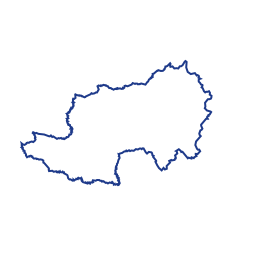 Watthana Nakhon, Sa Kaeo, Thailand (orthographic projection), rotated 41°
{"feature_id": "78962969B91417690270455", "entity_name": "Watthana Nakhon", "entity_type": "district", "adm_level": 2, "iso_a3": "THA", "parent_name": "Thailand", "parent_adm1": "Sa Kaeo", "projection": "orthographic", "projection_center": [102.317, 13.885], "detail": "fine", "context": "isolated", "style": "outline", "palette": "blue", "viewbox_px": 256, "rotation_deg": 41, "n_neighbors": 0, "source": "geoboundaries", "source_scale": "gbopen_adm2", "svg_char_len": 5848}
<svg xmlns="http://www.w3.org/2000/svg" viewBox="0 0 256 256"><g transform="rotate(41 128 128)"><path d="M181.2,137.9L181.0,134.8L183.0,135.1L184.0,133.3L182.1,131.3L182.4,126.5L180.7,125.8L181.6,123.8L182.2,123.9L184.1,121.5L183.6,120.2L184.0,119.9L183.8,119.2L181.5,117.8L181.9,114.9L180.0,113.6L179.4,113.8L180.3,110.7L182.9,110.7L184.0,111.2L184.7,110.2L193.0,111.6L193.1,110.7L195.9,109.4L195.3,108.4L197.4,107.6L197.2,106.6L198.1,104.2L196.6,103.7L196.1,103.1L197.6,102.0L197.7,98.2L195.9,97.6L195.0,98.5L193.7,98.4L190.0,96.7L188.2,93.5L188.2,86.4L186.5,86.2L185.4,85.4L184.2,82.4L184.7,81.0L184.6,79.7L181.7,78.3L181.0,77.5L180.9,69.8L182.1,68.7L180.8,68.2L180.4,67.6L180.4,66.7L180.9,66.0L180.2,65.4L180.8,64.2L180.3,61.4L179.5,61.4L176.1,63.0L173.0,62.7L172.4,61.1L169.6,58.4L169.4,53.9L170.6,52.8L171.3,51.4L170.9,50.3L169.9,48.9L167.8,49.2L166.8,47.7L165.0,47.1L164.3,48.5L163.3,49.3L162.9,50.5L161.2,50.4L158.2,48.9L156.9,49.1L156.5,47.2L155.9,46.7L154.5,47.3L152.9,46.7L151.0,46.6L149.8,45.4L149.8,44.2L150.3,43.3L148.2,43.8L147.6,42.4L147.0,42.2L145.7,42.5L145.4,43.3L142.5,42.7L140.0,46.1L136.3,46.5L132.2,44.1L128.9,39.7L127.4,39.8L127.3,40.8L128.0,44.8L127.6,46.5L126.6,47.5L126.9,50.1L125.4,51.0L123.9,52.7L121.2,52.3L119.9,54.0L118.8,53.3L118.0,51.7L117.3,51.5L117.0,55.5L115.9,57.1L116.5,57.7L116.7,59.6L117.1,59.8L116.8,62.0L115.4,63.4L112.9,64.5L112.9,65.4L112.4,65.8L111.8,70.0L111.1,71.0L112.1,71.9L112.1,72.7L112.9,73.1L112.5,73.5L112.9,73.9L112.2,75.0L112.8,75.3L112.0,77.6L112.7,79.8L112.4,80.6L112.7,83.8L108.7,85.8L108.2,87.2L107.7,87.3L106.9,88.5L105.8,88.5L104.5,89.6L104.4,90.1L102.1,91.0L102.2,92.9L100.3,96.8L98.3,97.7L97.8,98.6L98.8,100.0L98.6,101.1L97.9,101.2L98.3,101.8L97.4,102.8L96.0,103.3L94.8,104.8L93.9,104.7L93.5,105.4L94.1,105.6L94.1,105.9L92.5,107.1L91.9,108.6L90.4,108.8L90.0,109.2L88.8,109.1L87.6,110.2L85.4,109.7L85.1,110.1L83.8,110.1L83.6,110.6L82.4,110.7L82.0,111.3L81.1,111.6L80.6,113.2L79.7,113.5L79.9,114.3L77.9,115.2L77.6,116.5L80.6,118.1L81.3,121.5L80.4,122.3L80.0,123.8L78.8,125.4L77.6,125.7L77.6,127.1L75.4,132.0L75.5,132.6L75.0,133.4L73.1,133.9L72.7,134.3L72.2,134.4L72.1,134.1L71.1,134.4L70.1,135.6L69.6,135.4L68.9,136.2L67.2,136.9L67.1,137.4L66.3,137.1L66.2,137.3L68.6,139.7L68.3,141.5L67.4,141.8L67.5,142.3L69.3,144.3L70.0,144.2L69.5,145.0L70.3,145.0L70.2,145.4L71.0,145.6L71.2,146.3L71.9,147.0L72.2,146.8L72.6,147.5L72.4,148.3L72.8,148.8L72.4,149.1L73.0,150.2L72.6,151.1L72.3,151.0L72.5,151.4L72.2,151.7L72.5,152.5L72.9,152.5L73.4,154.2L72.9,154.2L72.7,154.8L73.1,155.5L72.7,155.7L72.9,156.5L72.5,157.2L73.1,157.2L73.4,158.0L75.0,158.1L75.0,159.2L76.3,159.7L76.0,160.0L76.4,160.7L76.0,161.1L76.5,161.2L76.8,162.2L77.2,162.2L77.5,162.8L78.1,162.6L77.9,163.1L78.9,163.9L80.1,163.8L80.6,164.8L81.1,164.8L82.3,163.9L82.8,164.5L84.5,164.7L84.7,165.3L84.8,165.0L85.1,165.2L84.9,164.7L85.2,164.5L86.7,165.1L87.0,165.8L86.4,166.4L86.7,166.1L87.2,166.7L86.7,167.1L87.4,167.8L88.2,167.8L87.9,168.6L88.6,168.7L89.1,169.8L89.0,170.7L88.0,171.3L88.8,173.5L88.6,174.4L87.6,175.1L87.9,175.8L87.3,177.9L86.8,177.8L86.6,178.4L86.1,178.3L85.8,179.0L85.1,179.1L84.9,179.5L84.0,179.4L83.1,180.8L82.2,181.2L81.5,182.8L77.1,183.4L76.7,184.5L74.7,184.2L74.5,185.6L73.7,186.1L69.0,187.9L64.2,191.2L62.1,191.8L61.7,192.7L59.2,193.4L59.4,194.3L61.6,194.3L61.8,194.8L63.5,195.2L64.1,196.3L64.5,196.2L64.6,196.9L65.8,197.4L66.0,198.9L65.7,200.8L64.3,201.3L63.2,203.0L62.9,204.2L61.9,204.8L61.3,205.8L61.6,206.5L61.0,208.6L59.6,209.3L57.9,209.4L59.1,210.2L59.0,210.7L60.1,211.2L60.2,211.9L60.5,211.6L61.1,212.3L61.6,212.1L61.8,212.8L62.2,212.6L63.3,213.3L64.5,213.2L64.5,213.5L65.0,213.2L66.2,214.2L66.2,214.6L67.2,214.4L68.4,214.9L69.0,215.7L71.0,216.3L71.5,214.8L72.4,214.2L72.1,213.8L72.7,212.8L73.5,212.4L74.3,212.8L74.7,212.4L75.1,212.8L76.9,212.9L78.6,211.3L79.4,211.4L80.0,210.6L81.6,210.2L82.4,209.2L84.0,208.3L85.4,208.1L86.8,209.6L87.8,209.4L94.4,210.3L95.3,210.8L95.5,211.5L96.7,212.3L99.0,209.9L100.6,209.8L102.2,207.8L103.0,208.0L103.1,207.5L104.1,207.5L104.3,206.4L105.2,206.6L105.1,205.3L106.0,205.6L107.4,204.7L107.4,203.8L109.0,204.1L109.1,203.7L109.6,204.1L112.7,203.4L113.5,203.5L115.7,205.1L117.0,205.3L117.7,205.2L118.2,204.5L120.1,204.2L120.5,203.5L120.9,203.9L121.6,203.2L121.0,202.7L121.6,202.7L122.7,200.6L122.4,200.3L123.5,199.6L123.0,199.1L123.1,198.2L124.3,198.1L124.6,197.4L125.4,196.8L125.9,197.1L125.8,196.7L126.2,196.9L126.3,196.6L127.8,197.4L127.5,197.9L127.9,198.3L129.5,198.4L133.1,196.8L132.8,196.6L133.3,196.5L133.4,195.6L133.8,195.8L134.2,195.4L135.0,195.3L135.0,194.8L135.5,194.7L134.9,194.1L137.0,192.5L137.2,191.9L136.3,191.8L135.8,190.5L138.2,189.0L138.7,187.6L140.5,186.1L141.6,186.1L142.7,185.2L143.4,185.5L143.7,184.9L144.3,184.8L144.5,184.2L147.1,184.1L147.8,183.2L149.2,183.0L149.9,181.1L151.4,180.5L151.4,179.1L152.1,179.1L152.7,179.7L154.1,179.3L154.4,179.7L154.6,179.1L154.9,179.4L155.7,179.1L156.4,177.6L157.9,177.7L158.3,177.1L158.2,176.5L157.4,176.5L157.6,176.0L158.1,176.1L157.9,175.0L156.9,174.9L156.4,174.1L155.5,174.2L155.4,173.6L154.9,173.9L154.4,172.4L153.8,172.4L153.9,172.8L153.1,172.7L153.2,171.7L152.1,172.0L151.7,171.2L151.2,171.7L150.2,170.3L149.3,170.9L148.7,170.3L148.2,170.8L147.5,169.1L146.9,169.0L146.2,168.3L146.2,167.1L145.8,167.0L146.1,166.3L144.8,165.8L144.9,165.1L144.1,164.8L144.0,163.2L143.2,162.3L143.2,161.2L141.8,158.5L141.3,156.1L140.2,155.3L139.8,155.4L139.7,154.9L138.2,153.9L138.7,153.7L138.4,153.3L138.7,152.5L139.9,150.7L140.6,148.1L141.5,147.2L141.5,146.2L142.6,146.2L143.4,144.1L144.7,144.1L145.3,142.8L147.3,141.4L147.8,138.8L149.6,137.7L150.3,135.8L151.3,135.0L152.2,135.0L152.5,133.6L153.2,133.2L157.4,134.7L159.1,134.8L159.4,132.4L161.7,131.0L162.7,131.2L164.2,132.5L165.7,132.2L165.9,133.3L170.7,134.2L171.0,134.5L170.9,135.5L174.6,137.0L177.7,137.9L181.2,137.9Z" fill="none" stroke="#1e3a8a" stroke-width="2"/></g></svg>